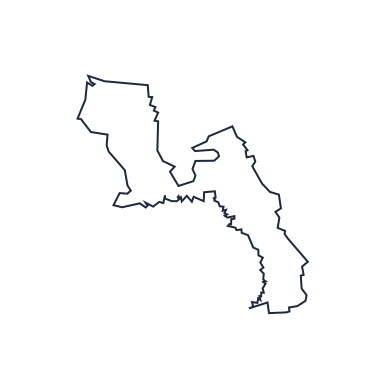 Emiliano Zapata, Tabasco, Mexico, rotated 332°
{"feature_id": "50627088B17857349990944", "entity_name": "Emiliano Zapata", "entity_type": "district", "adm_level": 2, "iso_a3": "MEX", "parent_name": "Mexico", "parent_adm1": "Tabasco", "projection": "orthographic", "projection_center": [-91.663, 17.694], "detail": "medium", "context": "isolated", "style": "outline", "palette": "slate", "viewbox_px": 384, "rotation_deg": 332, "n_neighbors": 0, "source": "geoboundaries", "source_scale": "gbopen_adm2", "svg_char_len": 1950}
<svg xmlns="http://www.w3.org/2000/svg" viewBox="0 0 384 384"><g transform="rotate(332 192 192)"><path d="M166.7,53.1L154.9,40.8L154.4,47.5L156.7,51.0L153.9,51.5L150.8,46.0L141.2,60.4L125.4,73.5L128.2,75.6L130.9,91.6L144.4,101.7L138.5,110.8L137.4,117.1L142.9,141.2L138.1,156.0L138.6,162.1L134.1,163.1L127.6,159.0L116.5,166.8L123.2,172.7L140.6,177.5L143.8,183.9L146.3,183.2L146.0,179.6L150.8,186.6L158.4,185.4L161.5,188.3L166.6,182.2L165.2,185.1L169.6,190.4L174.3,193.0L177.3,192.3L177.0,189.9L178.2,189.4L177.7,191.4L179.8,191.3L178.5,195.5L185.6,192.9L187.3,200.5L191.2,197.0L198.0,205.6L202.6,197.9L212.5,202.1L210.2,208.0L207.3,207.6L209.4,208.2L207.7,210.1L210.4,213.4L209.8,217.6L212.9,219.8L210.3,223.0L213.6,223.7L210.7,226.0L212.4,228.3L209.7,228.3L211.3,231.2L218.1,233.2L216.9,235.5L213.9,234.4L211.4,238.8L209.9,237.9L207.7,238.8L213.6,243.9L213.4,246.5L218.1,248.2L216.7,251.4L221.2,256.4L220.0,269.8L223.4,274.1L221.0,279.2L223.7,283.2L219.2,286.4L219.6,292.2L215.6,292.9L217.0,297.8L213.8,302.8L215.1,305.5L212.7,305.0L213.9,307.5L209.1,310.3L208.1,314.6L205.9,313.3L204.1,316.6L202.7,315.6L201.7,319.4L200.5,316.9L197.7,320.6L193.3,317.4L192.1,322.0L187.6,321.5L206.8,325.0L203.1,335.1L218.8,342.6L222.0,343.2L223.4,339.5L231.4,342.2L241.1,341.4L244.7,336.9L243.5,328.7L248.8,316.9L251.6,317.6L254.2,309.5L261.5,308.0L254.8,278.1L254.0,272.6L255.9,270.0L250.8,263.9L257.1,255.7L256.4,248.7L262.8,248.2L267.5,235.1L260.9,228.6L257.8,217.5L257.3,197.6L262.2,194.8L263.2,189.0L256.5,187.1L258.5,181.1L260.6,181.2L259.4,174.0L262.4,173.2L257.6,164.4L258.5,153.0L232.9,150.7L228.6,154.2L212.9,153.2L213.9,157.3L231.0,164.8L233.4,169.3L232.6,173.2L226.3,174.8L209.6,166.2L203.2,172.0L202.8,179.1L198.3,183.1L182.9,180.3L182.1,163.7L188.6,161.5L180.9,151.1L180.9,139.1L195.3,113.7L192.4,111.4L199.4,106.0L196.5,102.2L199.6,99.9L195.7,95.4L201.4,89.5L198.4,87.6L203.1,76.9L166.7,53.1Z" fill="none" stroke="#1e293b" stroke-width="2"/></g></svg>